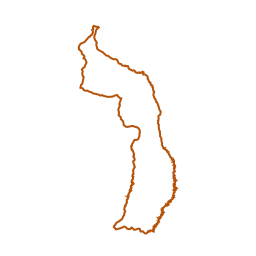 outline of El Cerrito, Valle del Cauca, Colombia, rotated 258°
{"feature_id": "7082276B46612550724020", "entity_name": "El Cerrito", "entity_type": "district", "adm_level": 2, "iso_a3": "COL", "parent_name": "Colombia", "parent_adm1": "Valle del Cauca", "projection": "mercator", "projection_center": [-76.228, 3.687], "detail": "fine", "context": "isolated", "style": "outline", "palette": "amber", "viewbox_px": 256, "rotation_deg": 258, "n_neighbors": 0, "source": "geoboundaries", "source_scale": "gbopen_adm2", "svg_char_len": 5847}
<svg xmlns="http://www.w3.org/2000/svg" viewBox="0 0 256 256"><g transform="rotate(258 128 128)"><path d="M235.0,115.7L234.0,114.7L231.9,114.6L231.4,113.3L230.3,113.8L228.8,113.6L226.5,111.8L226.3,110.6L225.2,109.7L225.2,108.7L221.5,103.9L221.0,102.9L220.2,99.0L217.8,96.8L216.9,96.6L216.1,96.8L215.2,96.3L212.9,98.1L212.1,98.4L210.0,98.4L208.3,99.8L207.1,100.3L206.5,100.2L205.5,99.0L204.5,100.1L203.1,100.7L200.7,101.1L198.7,99.4L196.6,98.2L196.0,96.4L194.7,95.0L193.7,95.4L192.4,95.5L191.2,94.6L188.4,94.5L187.1,95.3L180.7,92.4L180.0,91.1L177.3,89.8L176.3,91.8L175.9,92.2L174.5,92.5L173.3,94.0L173.0,96.2L171.8,97.3L170.5,99.7L169.1,101.1L167.1,105.6L165.4,107.9L165.6,109.6L164.4,110.8L163.6,112.9L162.9,113.7L161.9,119.0L162.5,122.2L162.5,124.3L161.4,124.6L159.2,126.1L158.3,127.5L153.3,124.5L152.7,124.5L152.0,124.9L148.5,122.6L147.2,122.2L146.1,122.5L145.0,122.2L144.1,122.3L142.9,121.5L142.2,121.6L140.1,123.2L138.2,122.9L136.3,124.3L135.3,124.6L131.8,124.5L129.8,126.0L129.2,127.6L129.1,132.5L128.6,133.9L127.4,135.6L127.4,136.1L126.6,137.1L126.5,137.6L124.6,138.6L123.0,139.0L121.5,138.6L121.0,138.7L119.9,137.8L117.8,137.6L116.3,136.4L115.1,135.9L114.5,133.5L115.1,132.2L114.3,131.0L112.6,130.0L111.8,128.9L110.1,128.1L109.6,127.3L108.8,127.6L108.0,127.1L106.1,127.1L106.0,127.5L105.5,127.3L104.8,128.0L101.1,128.5L100.1,127.8L99.7,128.1L98.6,127.2L97.5,127.9L96.4,128.1L95.1,127.6L94.4,126.1L91.8,126.1L90.3,126.5L89.8,126.2L88.4,126.6L86.4,124.7L85.0,124.0L84.4,124.2L81.9,123.8L81.5,123.6L81.5,122.9L80.5,122.6L80.1,122.2L79.3,122.4L79.1,123.0L77.8,122.3L76.9,122.3L76.2,120.9L75.8,120.6L74.7,120.7L74.1,121.2L73.9,120.6L73.1,121.4L72.6,121.2L72.2,121.7L71.8,121.1L72.3,121.1L72.2,120.2L71.1,119.6L70.7,118.7L68.9,118.9L68.9,118.5L68.3,118.4L68.3,118.0L67.7,117.9L67.0,117.0L66.2,118.1L65.4,117.1L65.4,116.4L64.2,115.8L63.9,115.1L62.4,114.7L62.3,114.2L61.2,114.3L60.8,113.8L60.9,113.3L60.5,113.7L60.4,113.4L59.9,113.6L58.8,113.1L58.2,112.0L57.3,111.6L56.1,111.7L55.6,111.2L55.0,111.3L53.7,109.9L53.0,109.8L52.9,109.4L52.4,109.4L52.3,108.8L51.8,108.8L50.5,107.9L48.8,107.3L47.4,108.0L46.4,107.6L45.5,106.7L43.3,106.0L42.7,105.0L40.1,103.3L39.5,101.3L38.8,100.7L38.1,98.0L37.3,96.4L35.9,95.5L35.5,94.5L34.6,93.7L33.9,93.5L33.3,94.3L31.6,94.9L31.3,95.3L31.6,100.7L32.4,103.6L31.7,105.0L29.7,106.2L28.9,107.7L28.8,109.5L29.8,110.5L29.9,111.0L27.2,112.8L27.0,114.1L27.4,116.6L27.2,118.1L26.8,118.6L25.2,118.5L24.0,119.0L23.9,120.9L21.9,122.2L21.2,123.1L21.0,124.2L22.2,125.6L22.1,126.1L22.8,126.3L22.9,127.2L22.4,127.8L22.8,128.0L23.2,128.6L22.4,130.4L21.9,130.6L21.4,131.6L22.6,131.9L23.3,132.4L23.6,132.0L24.4,132.7L24.6,132.1L25.6,132.9L26.1,132.5L26.4,132.9L26.1,133.6L26.8,133.4L27.1,133.7L26.1,134.3L26.2,135.1L26.8,135.5L26.9,135.0L27.3,135.1L27.6,135.5L27.3,135.7L28.0,136.9L28.4,136.8L28.2,136.3L28.6,136.2L29.1,138.1L30.0,138.9L30.8,138.1L30.9,138.6L31.8,138.8L32.2,139.3L33.3,138.9L32.7,139.9L32.8,140.7L33.5,141.0L33.4,140.6L33.7,140.5L33.9,141.1L34.3,140.8L34.4,141.7L35.3,141.9L35.3,142.4L36.0,142.4L35.6,143.2L36.1,143.7L36.2,143.0L37.0,143.4L37.2,144.5L37.9,144.4L37.6,144.8L38.0,145.3L38.6,144.0L39.1,144.8L39.7,144.9L40.0,144.8L40.3,144.3L40.7,144.3L40.8,143.8L41.5,143.9L41.3,145.0L41.6,145.3L42.6,145.3L42.5,146.0L43.8,147.5L44.2,149.0L44.9,149.1L43.9,149.9L44.0,150.6L45.0,150.1L45.1,150.6L45.5,150.4L45.8,150.6L45.4,151.5L46.1,151.2L46.2,152.0L47.1,152.4L47.2,152.0L47.5,152.1L47.2,153.3L47.7,153.6L48.3,153.5L48.4,154.3L47.3,153.9L46.8,154.3L47.2,154.7L48.7,155.1L48.8,155.7L49.8,156.6L49.5,157.0L49.8,157.5L50.6,157.2L50.8,158.6L52.3,157.8L52.6,158.2L52.4,158.7L52.5,159.0L53.3,158.5L54.8,159.1L55.1,159.3L55.2,160.1L56.3,160.2L56.8,161.0L57.3,160.2L57.7,161.2L58.2,160.1L58.8,160.9L58.9,161.6L59.2,160.9L59.6,161.1L59.5,161.6L59.8,162.5L60.9,161.3L60.5,160.7L60.9,160.6L61.5,160.9L62.1,160.5L63.2,160.9L62.4,161.4L62.6,162.2L63.3,162.3L63.8,161.6L65.0,162.8L65.7,162.6L66.4,163.8L66.9,162.2L67.3,162.3L67.8,163.4L68.3,162.8L68.9,163.3L69.6,162.3L70.1,163.3L71.6,162.4L72.1,162.7L72.0,163.7L74.2,162.9L75.6,163.4L75.7,164.8L77.1,164.7L78.3,164.3L78.8,165.1L79.6,164.8L80.2,164.9L80.2,165.8L80.7,165.7L81.2,166.2L82.1,165.9L82.4,165.0L83.0,165.7L83.8,165.5L85.4,166.0L85.6,164.7L87.0,166.1L87.8,165.7L88.0,164.4L89.0,165.1L89.3,164.3L90.3,164.0L90.5,163.4L92.5,163.0L93.1,163.1L93.8,162.4L94.8,162.6L95.6,162.1L96.0,162.4L96.4,161.6L96.9,161.9L97.3,161.3L97.9,161.3L98.2,160.8L98.6,160.9L100.0,159.2L100.7,159.7L100.6,158.6L100.9,158.3L101.8,158.4L104.5,157.7L106.0,158.1L108.7,158.0L110.7,158.5L113.2,157.7L116.1,158.2L117.3,158.1L117.9,158.5L120.0,158.0L123.8,158.5L124.7,158.9L126.4,158.2L127.8,158.9L128.9,158.8L129.4,159.5L131.4,160.0L133.1,160.1L133.7,160.7L134.3,162.2L137.0,163.4L139.3,162.6L143.1,162.4L144.3,162.0L144.9,162.2L146.9,161.7L147.6,161.0L148.3,161.2L149.0,160.8L150.7,160.8L151.6,160.1L154.8,159.7L156.8,160.3L157.6,161.1L158.5,161.0L159.0,160.6L161.7,160.5L162.5,160.9L163.1,160.3L164.5,160.7L165.0,159.5L165.7,159.2L166.6,159.4L167.4,159.0L167.8,159.3L168.5,158.4L169.8,158.0L171.2,158.0L172.0,157.4L173.7,157.9L174.8,157.6L176.6,156.0L177.1,155.2L177.2,154.0L178.5,154.0L179.3,154.8L179.9,154.2L179.7,153.8L179.9,153.3L179.2,152.1L179.5,150.8L180.1,150.5L179.8,149.9L180.1,149.3L180.0,148.3L180.6,147.8L181.0,146.8L182.6,146.4L183.2,145.8L183.1,144.3L184.6,142.8L185.1,141.7L186.6,140.9L187.3,141.0L188.6,140.7L188.5,140.2L188.8,139.4L189.4,138.9L189.1,138.0L189.8,137.2L189.8,136.7L190.4,135.2L192.0,134.5L192.7,132.9L193.8,132.1L195.7,131.9L197.3,131.1L197.9,130.2L198.4,127.8L200.4,125.4L202.6,123.7L203.4,121.8L207.3,119.1L210.0,115.9L211.7,114.4L216.0,114.3L218.0,115.2L221.3,114.0L223.5,113.8L225.9,114.7L227.1,115.7L229.9,116.9L231.2,118.0L232.4,120.3L233.1,119.9L232.9,119.3L233.5,118.8L233.9,117.3L234.4,116.9L235.0,115.7Z" fill="none" stroke="#b45309" stroke-width="2"/></g></svg>